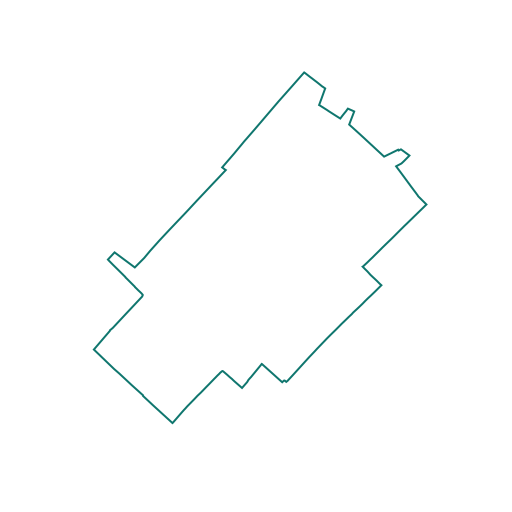 Bucinisu, Olt, Romania, rotated 295°
{"feature_id": "2599482B88524911604517", "entity_name": "Bucinisu", "entity_type": "district", "adm_level": 2, "iso_a3": "ROU", "parent_name": "Romania", "parent_adm1": "Olt", "projection": "mercator", "projection_center": [24.274, 43.94], "detail": "fine", "context": "isolated", "style": "outline", "palette": "teal", "viewbox_px": 512, "rotation_deg": 295, "n_neighbors": 0, "source": "geoboundaries", "source_scale": "gbopen_adm2", "svg_char_len": 2770}
<svg xmlns="http://www.w3.org/2000/svg" viewBox="0 0 512 512"><g transform="rotate(295 256 256)"><path d="M411.9,352.6L413.5,344.5L413.9,342.3L412.0,340.8L411.9,340.7L412.4,339.9L400.2,330.1L410.3,298.6L414.5,284.9L427.5,284.0L428.5,283.9L428.5,281.6L428.4,277.0L426.9,276.7L425.2,276.4L424.5,276.2L423.7,276.0L422.1,275.6L419.6,275.0L416.2,274.3L416.9,268.8L417.9,261.4L418.0,260.6L418.3,258.9L419.5,249.6L419.5,249.4L423.1,249.1L425.7,248.9L433.4,248.2L437.1,247.9L437.5,245.6L437.6,245.1L437.6,244.6L438.2,242.2L438.9,239.4L439.4,237.3L439.9,234.9L440.6,231.9L441.1,229.4L441.7,226.8L442.5,223.3L442.7,222.1L437.0,220.4L424.7,216.8L405.6,211.1L374.2,202.4L367.1,200.4L355.0,196.9L339.3,192.8L322.0,187.9L321.2,191.5L321.1,192.3L320.8,192.2L300.1,185.3L282.0,179.3L266.2,174.2L254.6,170.3L243.3,166.5L229.2,161.9L216.0,157.9L206.9,155.5L197.5,152.1L194.4,151.0L199.5,126.3L190.2,123.3L189.5,125.0L187.6,130.1L184.9,137.7L182.2,145.2L181.8,146.4L181.6,146.5L181.3,147.1L181.1,147.8L177.6,157.4L177.0,159.1L176.7,159.4L176.1,161.2L175.1,163.9L174.6,165.5L173.8,167.9L173.2,169.2L173.0,169.7L172.7,169.9L172.4,169.9L171.8,169.9L171.5,169.9L171.2,170.0L148.4,162.5L130.3,156.6L127.9,155.5L127.2,155.1L126.8,155.1L126.4,155.2L102.7,148.6L93.6,175.2L91.7,181.8L86.5,197.8L82.0,212.5L81.4,212.8L77.2,225.7L69.3,250.9L70.1,251.2L81.7,254.5L85.8,255.7L87.9,256.4L90.6,257.2L100.8,260.8L104.2,261.9L105.0,262.2L108.5,263.6L112.2,264.9L115.7,266.1L116.3,266.3L120.2,267.7L123.4,268.8L126.0,269.7L127.2,270.1L128.8,270.7L130.6,271.3L131.7,271.7L131.9,271.8L132.3,271.9L132.6,272.1L133.3,272.3L134.0,272.6L135.1,272.9L135.5,273.1L136.6,273.6L137.2,273.9L137.5,274.1L137.6,274.5L137.6,274.9L136.1,280.3L135.5,282.2L135.1,283.5L134.4,286.2L134.0,287.3L133.3,289.4L130.5,299.1L135.0,300.4L137.4,301.1L138.2,301.3L140.5,301.5L143.2,302.3L144.0,302.6L159.2,306.5L160.6,306.8L160.6,307.0L158.7,313.3L153.0,332.0L152.7,333.1L153.5,333.4L155.0,334.1L155.2,334.5L155.2,334.8L155.1,335.2L154.7,336.6L155.1,336.8L156.0,337.3L163.2,339.6L181.2,345.2L187.3,347.1L194.4,349.5L197.9,350.6L205.5,353.2L211.1,355.1L215.8,356.8L223.2,359.6L230.8,362.3L235.4,364.1L240.2,365.9L243.9,367.4L245.7,367.9L253.3,371.0L257.7,372.7L261.5,374.0L265.2,375.4L268.6,376.8L274.3,379.0L282.5,382.0L283.2,379.7L284.2,377.0L284.5,376.2L285.6,372.9L286.2,371.0L287.3,367.7L289.1,363.5L290.3,360.1L291.4,357.2L291.7,357.4L297.4,359.7L300.9,361.0L303.9,362.2L307.5,363.5L312.6,365.4L316.5,366.8L321.8,368.8L328.0,371.2L331.2,372.4L337.3,374.6L341.4,376.1L343.8,377.0L345.5,377.6L349.6,379.2L374.7,388.7L376.7,383.2L378.7,377.7L379.1,377.2L379.6,376.3L384.7,366.8L392.3,352.9L396.5,345.1L397.2,345.6L401.3,348.7L404.0,349.8L410.1,352.0L410.3,352.1L411.9,352.6Z" fill="none" stroke="#0f766e" stroke-width="2"/></g></svg>